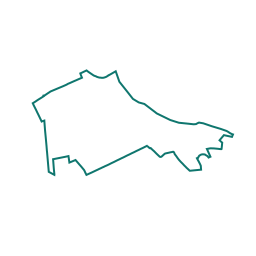 Ghindaresti, Constanta, Romania (Mercator projection), rotated 153°
{"feature_id": "2599482B65065460185800", "entity_name": "Ghindaresti", "entity_type": "district", "adm_level": 2, "iso_a3": "ROU", "parent_name": "Romania", "parent_adm1": "Constanta", "projection": "mercator", "projection_center": [28.04, 44.634], "detail": "fine", "context": "isolated", "style": "outline", "palette": "teal", "viewbox_px": 256, "rotation_deg": 153, "n_neighbors": 0, "source": "geoboundaries", "source_scale": "gbopen_adm2", "svg_char_len": 3249}
<svg xmlns="http://www.w3.org/2000/svg" viewBox="0 0 256 256"><g transform="rotate(153 128 128)"><path d="M113.2,184.1L121.4,183.7L121.4,183.8L121.7,183.8L122.0,183.7L122.6,183.6L123.0,183.6L123.4,183.5L124.6,183.5L126.0,183.7L127.3,184.0L128.4,184.5L129.3,185.1L130.0,185.6L130.6,185.9L131.7,186.9L132.5,187.7L132.8,188.2L133.4,188.9L134.0,189.5L134.3,189.9L134.7,190.3L136.5,193.6L137.6,195.6L138.3,197.0L138.8,198.1L142.1,198.2L143.7,198.2L145.7,198.3L145.9,197.1L146.2,193.7L154.3,194.2L160.0,194.5L161.1,194.6L162.2,194.6L162.8,194.5L166.7,194.7L166.8,194.7L169.4,194.9L171.9,195.1L178.9,195.6L180.3,195.7L180.7,195.7L181.3,195.6L181.2,195.6L184.0,195.3L187.1,194.9L187.5,194.9L187.9,195.0L188.0,195.1L188.5,195.2L188.5,194.6L190.5,194.4L192.7,194.2L195.2,194.0L197.7,193.7L198.2,193.6L201.6,193.3L201.6,192.7L201.7,191.4L201.7,189.9L201.7,188.0L201.7,186.3L201.8,182.7L201.8,181.2L201.9,176.8L202.0,173.0L201.7,173.0L199.2,172.6L199.5,171.9L202.8,164.0L205.8,156.4L208.8,148.9L210.7,144.3L210.7,144.2L218.5,124.9L214.9,119.7L214.7,120.0L212.5,125.6L210.2,131.1L208.9,134.2L202.9,132.5L196.9,130.8L193.8,130.0L195.9,123.8L189.3,123.3L187.8,117.2L187.2,114.9L186.2,110.4L186.2,109.6L186.3,107.7L186.3,106.4L186.3,105.7L186.3,105.1L184.5,105.0L180.1,104.8L179.8,104.8L179.6,104.8L175.9,104.7L173.3,104.6L172.2,104.6L170.3,104.5L168.3,104.5L167.9,104.4L165.8,104.4L164.4,104.3L161.9,104.2L160.3,104.2L158.8,104.2L155.7,104.1L152.6,104.1L149.5,104.0L149.4,104.0L147.8,104.0L145.6,103.9L143.4,103.9L142.1,103.9L141.1,103.9L138.8,103.8L136.7,103.8L136.2,103.8L133.6,103.7L130.9,103.7L128.3,103.6L128.2,103.6L126.1,103.6L123.9,103.5L123.5,103.5L122.0,103.5L120.1,103.5L119.6,103.5L119.4,103.5L119.4,103.4L118.9,102.7L118.6,102.2L118.4,101.8L118.3,101.4L118.2,101.0L118.0,100.6L117.8,100.4L117.7,100.1L117.5,99.9L117.4,99.8L117.1,99.8L116.9,99.8L116.8,99.6L116.1,97.5L115.3,95.5L114.3,92.3L113.2,89.2L113.0,88.7L112.9,88.3L112.6,87.8L112.2,87.5L111.7,87.3L111.0,87.3L110.6,87.4L108.8,87.9L106.9,88.4L106.1,88.3L103.4,87.6L100.6,86.9L99.7,86.6L98.7,86.4L98.4,86.2L98.3,85.9L98.1,85.6L98.1,85.1L98.1,84.5L98.2,83.9L98.2,83.7L98.2,83.4L98.2,83.1L98.1,82.8L98.0,82.3L97.9,81.8L97.8,81.2L97.6,79.8L97.4,78.3L97.0,76.3L96.7,75.2L96.3,73.7L95.5,71.3L94.8,68.8L94.3,67.4L93.9,66.0L93.1,63.9L92.4,61.9L92.0,61.7L86.9,59.7L81.8,57.7L80.3,61.3L80.2,62.9L80.2,64.3L80.2,65.7L80.3,68.1L80.3,69.0L80.3,69.8L79.9,69.8L79.6,69.8L79.5,69.5L79.2,69.5L78.8,69.8L78.5,70.1L78.1,70.4L77.8,70.6L77.4,70.8L77.0,71.0L76.4,71.0L75.9,71.1L75.4,71.1L74.9,71.1L74.5,71.0L74.1,70.9L73.6,70.7L73.0,70.5L72.4,70.0L71.6,69.6L71.0,68.5L70.6,67.9L70.3,67.4L69.9,66.8L69.7,65.6L69.6,65.1L69.4,65.1L67.6,65.0L67.4,69.3L67.3,71.4L67.2,73.5L63.8,72.5L62.7,71.9L61.1,71.0L60.2,70.5L59.3,69.9L57.4,68.7L55.5,67.4L54.4,66.8L54.2,66.8L52.4,69.5L50.7,72.2L51.1,73.1L52.0,75.5L45.8,78.1L41.0,74.2L39.4,72.9L37.4,74.6L38.0,75.2L38.5,75.8L39.8,77.7L40.2,78.6L41.5,80.6L45.9,85.2L52.5,91.5L58.8,98.0L62.3,100.6L64.0,100.7L65.6,100.6L67.8,101.5L72.7,104.7L80.3,109.6L86.7,115.9L93.1,124.4L95.8,128.0L96.7,130.0L98.7,134.1L99.1,135.0L102.5,142.0L103.4,142.8L106.8,145.9L110.4,151.7L112.1,160.4L114.4,171.7L114.7,173.1L114.1,177.5L113.2,184.1Z" fill="none" stroke="#0f766e" stroke-width="2"/></g></svg>